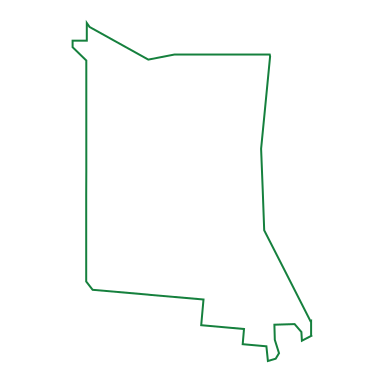 the district of 71, Umm Salal, Qatar
{"feature_id": "91078587B67880775667160", "entity_name": "71", "entity_type": "district", "adm_level": 2, "iso_a3": "QAT", "parent_name": "Qatar", "parent_adm1": "Umm Salal", "projection": "orthographic", "projection_center": [51.367, 25.463], "detail": "fine", "context": "isolated", "style": "outline", "palette": "green", "viewbox_px": 384, "rotation_deg": 0, "n_neighbors": 0, "source": "geoboundaries", "source_scale": "gbopen_adm2", "svg_char_len": 596}
<svg xmlns="http://www.w3.org/2000/svg" viewBox="0 0 384 384"><path d="M311.4,335.8L311.1,335.2L311.1,320.7L310.4,321.0L286.6,274.2L264.2,230.3L262.7,189.3L261.1,148.8L264.5,114.1L270.1,56.4L269.7,54.5L244.3,54.5L174.6,54.5L148.3,59.6L89.6,27.0L86.8,23.0L86.8,28.8L86.8,40.7L72.6,40.7L72.6,47.2L86.3,60.5L86.3,172.1L86.2,195.3L86.2,281.5L92.6,289.8L147.8,294.6L150.4,294.9L203.5,299.5L201.2,325.2L244.0,329.0L242.7,344.2L266.4,346.3L267.9,361.0L275.7,358.7L279.0,353.2L274.8,339.8L274.4,324.7L294.6,324.1L301.4,332.0L301.9,340.7L311.4,335.8Z" fill="none" stroke="#15803d" stroke-width="2"/></svg>